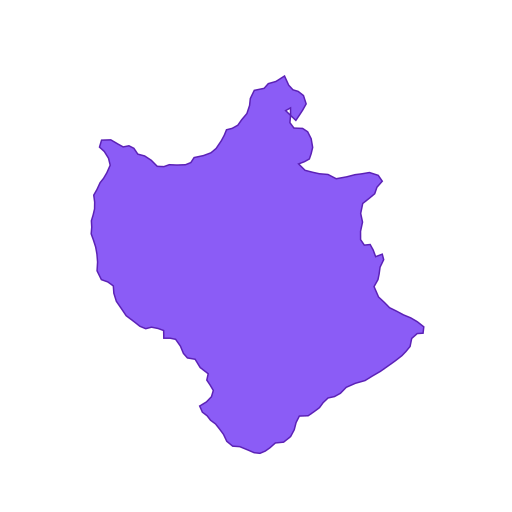 Turvolândia, Minas Gerais, Brazil (orthographic projection), rotated 331°
{"feature_id": "56859067B33142489380920", "entity_name": "Turvolândia", "entity_type": "district", "adm_level": 2, "iso_a3": "BRA", "parent_name": "Brazil", "parent_adm1": "Minas Gerais", "projection": "orthographic", "projection_center": [-45.794, -21.88], "detail": "fine", "context": "isolated", "style": "filled", "palette": "violet", "viewbox_px": 512, "rotation_deg": 331, "n_neighbors": 0, "source": "geoboundaries", "source_scale": "gbopen_adm2", "svg_char_len": 2348}
<svg xmlns="http://www.w3.org/2000/svg" viewBox="0 0 512 512"><g transform="rotate(331 256 256)"><path d="M155.2,116.3L149.2,120.7L143.6,124.1L141.0,130.7L137.6,136.6L133.5,141.1L129.1,145.4L126.3,151.2L122.6,156.7L121.5,163.5L120.1,170.5L117.8,177.2L114.5,184.5L109.8,191.9L109.3,201.7L113.8,206.8L116.7,213.0L113.6,219.7L111.9,227.9L112.9,238.3L113.5,245.3L117.6,254.5L120.4,261.2L124.3,266.1L130.1,267.6L135.2,271.9L139.1,276.4L135.5,283.2L141.1,286.3L145.3,289.9L146.2,298.1L145.3,306.1L146.6,311.9L152.7,316.8L153.1,326.5L157.1,335.8L152.8,340.7L153.3,346.4L153.5,352.9L148.8,357.5L141.9,359.6L134.0,359.9L133.4,366.6L135.8,372.1L136.6,377.6L139.2,383.3L140.3,390.1L141.1,396.2L140.6,403.9L143.4,411.0L149.4,414.9L155.0,421.9L159.0,427.1L163.8,430.5L169.5,431.1L175.1,430.5L182.3,428.9L189.9,432.2L198.7,430.7L205.2,426.5L210.3,421.1L216.3,417.0L224.2,421.0L231.3,420.3L238.0,419.4L243.6,416.8L250.2,415.1L256.5,417.0L263.3,417.0L271.2,414.6L281.2,415.5L291.0,417.8L299.0,417.4L308.9,417.2L318.2,416.2L327.0,415.2L335.3,413.9L341.1,412.1L346.9,409.8L352.2,403.6L359.4,402.0L364.7,404.5L368.4,399.3L365.3,391.9L361.4,385.2L356.3,378.8L352.2,372.4L347.7,365.9L345.8,359.0L343.3,351.3L344.4,340.0L351.2,335.8L354.9,331.5L359.1,325.9L365.9,321.1L367.3,315.6L360.3,314.6L361.4,307.6L361.4,301.3L356.0,299.0L355.4,292.4L359.4,285.1L365.6,278.0L368.2,269.5L374.8,261.8L383.2,260.4L390.0,259.1L395.1,254.5L402.7,251.8L402.0,244.7L395.7,238.0L387.8,235.2L382.1,232.9L373.6,230.7L363.6,227.3L358.5,219.6L351.3,214.8L346.1,210.2L340.4,204.8L337.9,196.1L344.1,197.0L349.7,197.0L353.8,193.3L358.2,188.5L361.1,180.2L361.4,172.4L358.6,167.0L351.2,162.5L350.3,155.8L354.4,149.8L356.6,156.7L362.5,153.7L367.6,151.0L373.6,147.3L375.3,138.7L372.7,132.5L368.9,128.6L367.4,122.5L368.2,112.4L358.0,113.0L350.3,111.2L344.4,113.3L334.8,110.3L327.4,115.5L323.4,121.2L317.1,127.0L309.5,129.9L303.5,132.8L297.0,132.8L291.4,131.3L286.8,135.0L281.7,138.3L273.3,142.6L266.6,143.9L258.7,142.7L249.6,139.9L244.3,142.7L238.6,142.0L230.9,138.1L224.4,134.1L218.8,133.2L213.1,129.7L210.8,121.5L207.1,114.5L202.0,109.6L201.4,102.6L198.3,98.0L192.7,96.2L189.5,91.1L185.3,84.0L177.1,79.8L171.9,84.9L174.0,91.1L174.4,99.0L172.5,105.9L165.9,110.9L160.3,114.2L155.2,116.3ZM354.4,149.8L352.4,143.2L358.0,143.2L354.4,149.8Z" fill="#8b5cf6" stroke="#5b21b6" stroke-width="1.5"/></g></svg>